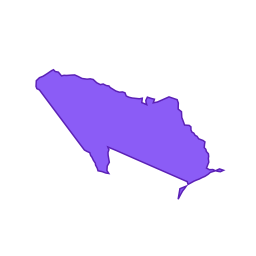 outline of Barreiros, Pernambuco, Brazil, rotated 37°
{"feature_id": "56859067B84066536969081", "entity_name": "Barreiros", "entity_type": "district", "adm_level": 2, "iso_a3": "BRA", "parent_name": "Brazil", "parent_adm1": "Pernambuco", "projection": "natural_earth1", "projection_center": [-35.237, -8.82], "detail": "fine", "context": "isolated", "style": "filled", "palette": "violet", "viewbox_px": 256, "rotation_deg": 37, "n_neighbors": 0, "source": "geoboundaries", "source_scale": "gbopen_adm2", "svg_char_len": 1675}
<svg xmlns="http://www.w3.org/2000/svg" viewBox="0 0 256 256"><g transform="rotate(37 128 128)"><path d="M27.0,141.1L26.3,145.4L29.5,150.1L31.5,151.4L34.4,150.9L63.9,159.5L68.8,160.9L93.5,168.1L98.0,169.4L106.4,171.8L109.3,171.4L112.3,170.7L114.8,172.5L116.7,173.0L120.0,174.7L123.0,175.7L124.4,177.1L127.6,178.6L129.8,180.2L133.6,178.4L137.3,177.3L140.0,175.9L136.8,174.7L134.3,170.9L133.7,166.6L128.4,161.6L126.7,159.5L125.8,156.8L123.3,155.3L132.3,153.0L153.2,148.1L169.7,144.2L207.6,135.2L209.9,136.9L211.5,133.4L212.7,130.7L214.0,128.4L215.6,125.9L217.0,123.0L218.5,120.4L219.8,116.9L220.5,113.8L221.8,112.0L223.6,109.5L220.8,110.1L218.1,112.3L214.8,112.8L213.8,109.3L213.1,106.7L210.5,104.0L209.5,102.1L207.7,100.2L204.7,99.6L203.0,98.2L200.7,97.8L198.9,94.9L197.8,92.8L195.5,92.8L190.9,94.1L188.1,93.1L186.1,93.5L183.6,92.5L181.5,92.8L179.5,91.7L177.5,89.2L175.3,89.1L171.4,91.6L168.7,89.8L164.6,87.2L160.9,82.8L156.7,82.7L154.8,80.1L153.2,77.8L150.2,75.8L142.0,78.5L135.8,89.6L133.0,92.7L131.8,89.1L129.3,90.2L127.0,91.0L124.9,91.7L125.6,95.2L127.1,96.8L128.9,98.1L123.7,99.4L121.5,95.6L119.5,97.8L113.2,101.6L110.1,102.9L107.3,103.5L104.4,101.7L101.9,102.5L99.6,104.6L95.9,105.8L89.4,106.4L87.5,105.9L85.0,107.2L81.7,107.8L79.8,110.0L75.8,110.7L71.0,110.2L68.2,111.5L66.0,113.6L61.5,116.1L56.9,116.9L53.5,117.7L51.1,119.7L47.2,123.1L45.2,124.4L43.5,126.4L38.7,125.3L35.9,126.7L33.4,126.3L32.4,128.3L30.7,133.3L29.0,137.8L27.0,141.1ZM210.9,154.7L210.3,151.1L209.9,148.5L209.5,145.3L209.6,142.2L209.5,139.4L206.0,145.2L210.9,154.7ZM223.6,109.5L226.3,108.3L228.1,107.3L229.7,104.3L225.7,105.6L223.6,109.5Z" fill="#8b5cf6" stroke="#5b21b6" stroke-width="1.5"/></g></svg>